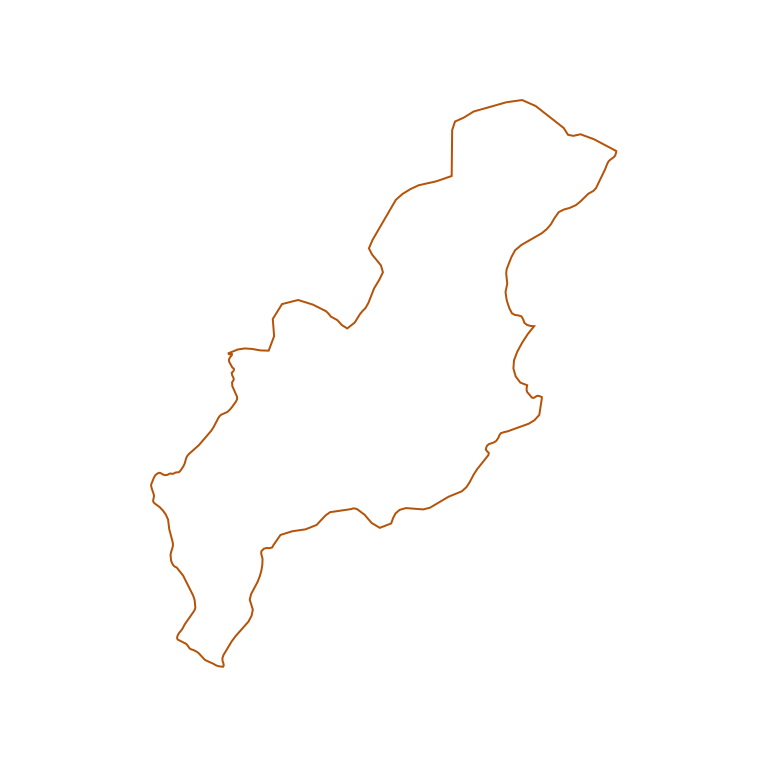 the Region of Cuvette-Ouest, rotated 221°
{"feature_id": "COG-2185", "entity_name": "Cuvette-Ouest", "entity_type": "Region", "adm_level": 1, "iso_a3": "COG", "parent_name": "Republic of the Congo", "parent_adm1": "", "projection": "equal_earth", "projection_center": [14.65, 0.103], "detail": "fine", "context": "isolated", "style": "outline", "palette": "amber", "viewbox_px": 768, "rotation_deg": 221, "n_neighbors": 0, "source": "natural_earth", "source_scale": "10m", "svg_char_len": 3767}
<svg xmlns="http://www.w3.org/2000/svg" viewBox="0 0 768 768"><g transform="rotate(221 384 384)"><path d="M312.8,272.6L322.3,271.9L324.8,270.6L325.9,269.6L326.6,268.2L340.6,251.9L341.9,246.4L342.4,233.4L347.9,222.8L356.6,212.7L363.1,202.2L361.8,190.3L361.2,187.2L362.6,185.1L364.9,183.3L366.6,181.0L366.9,177.5L365.5,175.5L361.0,172.4L357.4,168.0L354.2,162.9L351.6,157.4L349.5,151.4L346.5,138.4L343.9,133.2L334.9,127.6L331.9,122.2L330.4,115.7L330.6,96.5L330.1,89.9L327.3,74.0L326.1,71.1L324.1,69.0L321.9,67.8L320.3,66.4L320.0,65.0L323.1,62.8L326.1,61.5L329.7,60.8L336.9,58.6L338.0,58.4L339.2,58.4L347.6,59.3L349.9,59.0L353.4,58.2L355.0,57.4L356.1,57.1L357.3,56.9L360.6,57.8L362.8,58.1L371.9,55.8L372.9,56.1L373.9,57.0L374.9,59.3L375.3,61.6L375.4,65.8L375.7,67.8L376.7,71.8L378.4,88.0L378.9,89.9L379.7,91.5L385.3,96.8L389.4,99.2L409.9,107.6L420.1,109.5L421.6,109.0L423.0,108.9L424.6,109.1L426.4,109.8L428.8,111.0L433.0,115.0L434.4,117.4L436.6,122.5L438.2,124.7L440.3,126.4L450.8,133.5L458.0,140.0L463.0,142.3L467.9,143.5L472.8,143.9L478.9,143.4L480.3,143.6L481.6,144.3L483.8,148.1L484.5,149.0L485.8,149.9L491.1,153.0L492.7,154.2L493.6,155.1L493.8,155.4L496.2,162.4L496.7,164.8L496.7,165.5L496.5,166.8L496.2,167.9L495.8,169.0L495.0,169.8L494.1,170.2L491.8,170.6L489.8,171.3L489.0,172.0L488.3,172.8L487.7,173.7L487.0,175.6L486.6,176.1L486.0,176.7L485.2,177.1L484.6,177.5L484.2,178.0L483.3,180.3L482.7,181.1L481.4,182.3L481.0,182.9L480.8,183.8L480.8,185.2L481.3,189.5L481.9,192.1L482.3,193.3L484.8,198.6L485.3,200.9L485.3,203.1L483.6,216.5L483.7,235.1L484.3,239.5L486.8,250.0L487.0,251.4L486.9,252.9L486.7,254.1L484.2,259.4L483.9,260.2L483.8,260.8L483.7,261.4L483.5,264.0L483.6,267.2L484.2,273.3L484.5,274.7L484.8,275.9L485.6,277.0L486.8,278.1L496.7,282.7L497.6,283.3L498.3,284.2L499.6,285.3L499.9,286.5L500.0,287.7L500.4,288.9L501.5,289.8L504.5,291.1L506.3,292.6L506.1,294.1L506.2,295.4L506.6,296.3L507.5,297.1L509.2,296.9L515.2,299.1L516.2,299.8L517.0,300.7L517.4,301.9L517.7,303.3L517.7,304.9L517.9,306.2L518.4,306.8L519.4,306.1L519.9,305.2L520.4,304.8L521.0,304.8L521.5,305.3L517.0,314.1L512.3,319.6L506.6,323.9L499.4,328.2L492.9,333.5L498.3,348.0L510.6,360.1L513.4,377.4L504.0,391.0L489.9,397.2L475.5,400.9L471.9,400.7L468.4,400.0L461.0,401.6L454.4,400.8L448.2,401.8L446.4,411.2L448.0,421.0L448.1,425.1L447.8,429.2L449.0,435.1L454.2,449.6L455.9,459.5L458.1,467.6L464.1,471.5L478.0,473.9L484.4,476.5L487.2,485.3L495.9,530.8L494.7,539.6L491.9,548.5L488.2,556.8L477.5,571.3L469.4,585.4L499.1,620.3L502.6,628.7L498.6,637.3L495.1,648.5L476.5,676.9L466.1,688.9L451.9,693.3L416.4,695.1L408.6,692.8L403.9,695.5L399.5,701.4L386.0,706.5L361.5,712.2L360.8,711.2L359.4,708.1L359.4,705.9L360.4,701.5L360.6,699.3L359.9,696.4L357.9,690.8L352.5,670.9L352.6,667.2L354.6,661.8L355.5,650.8L356.5,644.9L359.4,638.7L362.7,633.7L364.9,628.3L364.1,620.5L362.8,614.0L362.8,607.8L363.8,601.5L371.5,579.2L372.8,570.9L371.1,563.3L366.7,551.0L364.3,547.6L356.8,540.6L352.6,533.1L346.3,527.7L339.1,523.4L333.8,521.3L330.5,522.0L327.6,523.9L324.7,525.2L321.6,524.2L318.2,522.3L314.9,522.4L311.8,523.8L308.6,526.1L308.3,516.6L306.9,506.1L304.6,495.8L301.4,487.1L296.5,480.6L289.6,476.1L282.0,474.5L275.1,477.0L273.7,474.5L272.2,472.8L270.4,471.8L263.6,470.8L262.1,471.4L261.4,473.1L260.9,475.0L260.1,476.1L257.6,477.3L256.4,477.7L255.3,476.5L246.5,462.5L246.7,455.3L248.7,449.0L257.3,433.6L259.6,429.4L261.5,426.9L263.5,423.6L263.3,421.0L262.3,418.1L262.0,414.4L262.8,411.9L265.5,407.2L265.7,404.5L264.3,401.4L262.0,400.8L259.8,400.8L258.6,399.0L257.8,380.6L256.9,374.4L255.0,366.5L254.1,360.1L254.9,354.0L261.4,341.1L268.1,320.9L272.1,315.1L286.1,304.7L289.6,299.3L290.4,294.0L289.2,288.8L287.1,283.5L292.8,272.7L302.2,271.0L312.8,272.6Z" fill="none" stroke="#b45309" stroke-width="2"/></g></svg>